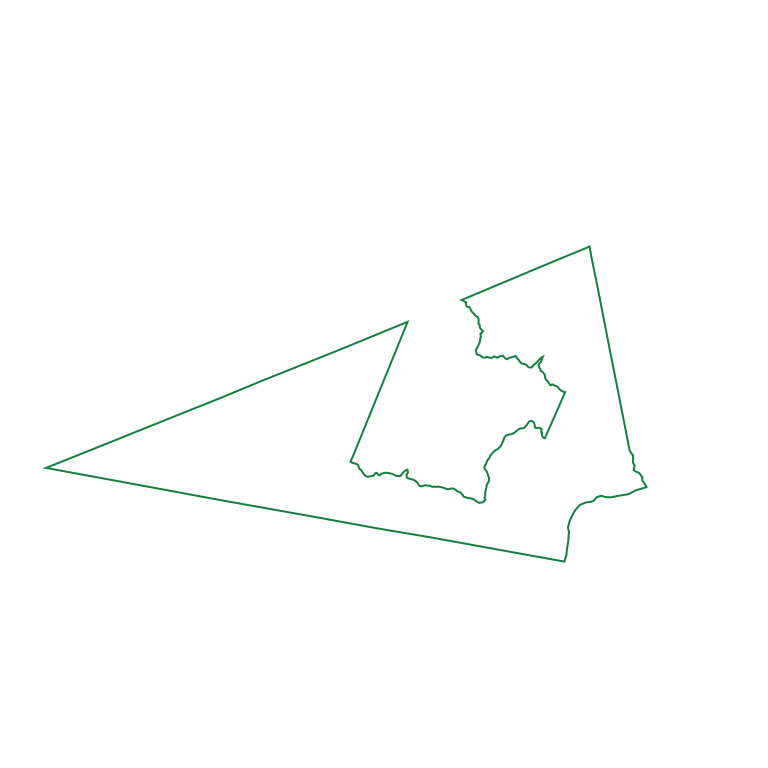 the district of Xinguara, Pará, Brazil, rotated 22°
{"feature_id": "56859067B29477018640245", "entity_name": "Xinguara", "entity_type": "district", "adm_level": 2, "iso_a3": "BRA", "parent_name": "Brazil", "parent_adm1": "Pará", "projection": "natural_earth1", "projection_center": [-49.485, -6.849], "detail": "fine", "context": "isolated", "style": "outline", "palette": "green", "viewbox_px": 768, "rotation_deg": 22, "n_neighbors": 0, "source": "geoboundaries", "source_scale": "gbopen_adm2", "svg_char_len": 3453}
<svg xmlns="http://www.w3.org/2000/svg" viewBox="0 0 768 768"><g transform="rotate(22 384 384)"><path d="M102.1,588.4L178.8,572.7L181.8,572.1L271.5,553.8L274.4,553.2L311.2,545.5L339.5,539.5L418.5,523.1L432.6,520.2L445.9,517.3L484.0,508.9L578.0,489.4L617.8,481.1L617.5,479.2L617.1,473.7L615.9,470.2L613.7,460.7L610.9,451.8L608.3,448.2L607.4,441.0L607.9,434.2L608.6,429.3L610.9,422.7L615.7,418.1L618.4,416.6L620.1,415.6L622.0,413.9L623.9,408.9L627.3,406.3L632.1,405.8L636.6,404.2L641.3,401.1L651.9,394.6L657.3,388.2L663.2,383.6L665.9,381.2L663.8,379.3L659.8,376.9L659.0,375.6L658.9,374.1L657.7,373.4L656.0,372.0L653.4,370.9L651.1,370.9L647.8,370.4L646.8,365.7L644.0,363.3L643.3,360.6L641.6,356.9L639.3,355.6L636.7,353.7L603.0,302.0L581.9,269.8L548.6,218.6L528.7,188.5L523.1,179.6L494.4,207.7L424.5,277.0L426.0,277.1L427.5,277.4L429.4,277.6L430.8,280.5L432.2,281.2L434.7,280.8L438.3,284.1L441.8,285.4L443.1,286.4L445.9,286.9L447.0,287.8L448.4,290.8L449.1,292.9L450.6,293.4L451.5,295.7L453.7,296.9L456.0,298.0L455.6,299.6L454.6,301.2L455.9,303.6L457.1,309.6L456.9,314.2L456.5,317.5L457.1,319.0L458.3,321.2L459.5,321.9L461.3,321.6L463.1,321.6L465.5,322.5L467.7,321.7L469.1,320.3L470.4,320.0L471.8,320.2L474.0,319.5L474.9,318.6L475.8,317.1L479.3,317.2L480.3,315.6L481.4,314.6L483.7,313.3L486.4,314.7L488.7,315.0L490.1,313.1L495.6,308.8L497.2,310.0L499.0,310.7L500.9,312.0L504.1,313.5L506.0,312.9L507.4,312.9L509.8,313.4L511.4,314.3L513.5,314.0L514.8,313.2L515.7,310.1L516.8,308.5L517.9,305.5L520.1,300.3L521.1,299.2L521.1,301.7L521.3,304.1L520.1,308.6L522.0,310.8L523.4,311.7L524.5,313.1L526.1,313.3L529.6,315.2L531.1,317.9L532.8,319.5L534.4,320.0L535.7,320.9L538.9,322.8L540.6,321.2L543.0,321.5L545.5,321.5L546.8,321.9L548.9,323.2L550.8,323.8L553.0,324.0L555.0,323.8L554.3,348.2L553.5,374.0L551.9,374.1L550.2,373.1L549.6,371.9L549.2,370.4L547.9,370.1L547.1,366.8L544.4,366.4L542.5,367.4L540.7,368.0L538.4,364.8L537.5,363.6L535.0,362.9L533.5,363.6L532.5,364.7L531.6,369.0L530.7,371.5L529.9,372.7L527.1,374.2L525.8,375.6L524.6,377.4L523.3,380.3L522.1,381.7L520.6,383.0L518.0,384.5L516.6,385.9L515.8,388.0L515.6,390.0L516.0,391.6L515.7,393.4L515.7,396.4L515.2,398.7L513.8,401.7L512.0,403.8L510.6,406.8L509.5,410.5L509.4,413.0L508.3,416.9L508.6,419.6L508.2,421.6L508.2,423.5L508.9,424.8L510.4,425.6L512.1,426.7L516.7,431.9L517.6,434.8L517.1,439.1L517.8,442.1L518.2,445.3L518.9,447.6L519.6,449.4L519.7,451.8L521.4,453.4L520.2,456.2L518.7,457.4L516.6,458.6L514.0,458.2L512.1,458.0L510.5,457.2L507.9,457.6L506.4,457.5L504.9,458.4L502.6,458.4L500.0,458.7L498.3,457.2L495.8,456.1L494.0,455.9L492.8,456.2L491.0,455.5L487.2,455.0L485.8,455.5L483.5,457.2L481.5,458.0L479.6,457.9L477.5,457.9L472.6,458.8L471.5,459.6L469.3,460.3L467.1,461.3L465.3,461.2L463.6,461.5L461.9,462.0L460.6,462.2L456.6,465.1L454.5,464.9L451.5,462.8L449.0,462.0L446.9,461.7L444.6,462.1L441.5,462.4L440.1,462.1L438.9,459.8L439.4,457.0L437.8,454.7L435.7,457.0L434.9,459.1L433.5,463.2L430.2,464.6L425.6,464.2L420.3,465.1L418.3,465.9L415.1,468.2L414.1,470.4L412.6,470.3L410.5,469.1L409.2,470.1L408.9,472.5L407.4,473.6L406.0,474.8L404.6,475.5L403.4,476.2L402.0,476.1L400.2,475.8L396.5,473.5L395.3,472.4L393.3,472.1L391.6,470.3L390.3,469.0L388.9,468.4L384.4,468.9L382.0,468.7L382.3,460.6L382.3,450.5L382.3,446.7L382.6,317.5L357.6,341.9L331.4,367.5L288.0,409.2L271.7,424.7L266.0,430.3L235.2,460.6L216.0,478.9L157.9,534.8L151.3,541.2L102.1,588.4Z" fill="none" stroke="#15803d" stroke-width="2"/></g></svg>